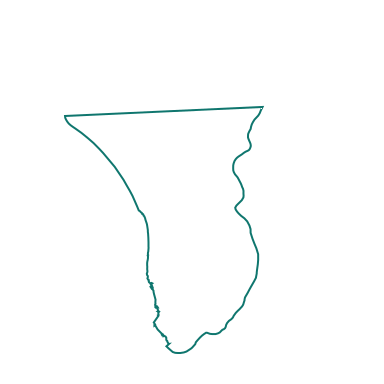 the district of Ciudad del Plata, San José, Uruguay, rotated 57°
{"feature_id": "84410073B44355686376037", "entity_name": "Ciudad del Plata", "entity_type": "district", "adm_level": 2, "iso_a3": "URY", "parent_name": "Uruguay", "parent_adm1": "San José", "projection": "equal_earth", "projection_center": [-56.41, -34.718], "detail": "fine", "context": "isolated", "style": "outline", "palette": "teal", "viewbox_px": 384, "rotation_deg": 57, "n_neighbors": 0, "source": "geoboundaries", "source_scale": "gbopen_adm2", "svg_char_len": 3578}
<svg xmlns="http://www.w3.org/2000/svg" viewBox="0 0 384 384"><g transform="rotate(57 192 192)"><path d="M159.1,86.5L59.1,257.1L60.7,257.9L62.5,258.2L64.9,258.3L67.4,258.1L70.0,257.4L72.6,256.4L75.2,255.3L82.0,252.6L82.9,252.3L83.5,252.1L90.4,249.9L97.4,247.9L105.2,246.3L110.9,245.3L128.8,243.1L144.4,242.8L150.9,243.2L157.0,243.5L162.8,244.0L167.1,244.7L174.3,245.9L178.5,246.7L179.4,246.2L180.4,246.0L181.3,245.9L182.0,245.5L182.7,245.5L183.3,245.7L183.7,245.2L184.4,245.1L185.0,245.4L185.5,245.5L186.2,245.2L188.4,245.6L190.1,246.2L193.3,247.0L194.6,247.4L196.2,248.1L197.5,248.7L198.6,249.2L199.9,249.8L201.5,250.8L203.0,251.5L206.7,253.6L210.5,255.9L214.2,258.3L215.1,258.8L215.9,259.4L218.1,261.1L218.3,261.3L218.7,261.8L220.3,263.0L221.0,263.1L221.2,263.8L222.1,264.0L222.8,264.5L223.4,264.9L224.0,265.4L225.3,266.6L225.7,267.1L226.1,267.4L227.0,268.2L227.6,268.6L229.0,269.5L230.3,270.2L232.3,271.6L233.7,272.3L234.7,272.9L235.9,274.4L237.2,274.9L238.2,274.8L239.3,275.3L240.1,276.4L241.6,276.6L242.0,276.2L243.3,276.7L243.6,277.1L244.3,277.2L245.0,277.0L246.2,276.3L246.2,275.5L246.9,275.1L246.9,276.8L248.4,276.7L248.8,278.4L250.0,278.4L249.4,277.6L249.2,276.7L251.1,277.1L251.1,278.0L251.9,278.3L252.8,278.0L254.0,278.1L254.7,278.6L256.8,279.4L262.4,281.2L264.0,282.4L265.2,283.2L265.9,283.5L266.2,284.1L266.6,284.5L268.0,284.2L268.1,285.1L268.6,285.5L269.3,285.3L269.2,283.6L270.4,283.6L270.0,284.5L273.4,284.9L273.4,285.7L274.5,284.9L274.9,286.1L276.8,286.9L276.8,287.7L277.6,287.7L280.6,295.1L282.9,295.1L282.9,295.9L283.7,296.4L283.7,295.5L288.6,295.7L293.1,294.8L295.4,294.2L295.4,295.0L295.8,295.0L295.8,294.2L297.3,294.6L297.3,293.8L298.9,292.9L300.4,293.0L301.4,293.8L302.6,294.2L303.4,293.9L304.2,294.2L305.8,294.3L306.3,294.5L306.6,294.6L306.9,294.0L307.5,297.5L309.7,297.0L312.6,296.2L315.7,295.3L317.7,293.7L318.7,292.4L319.2,291.7L320.7,289.4L321.5,287.6L322.1,286.3L322.8,283.5L322.8,280.8L322.8,278.5L322.8,278.2L322.6,276.6L322.1,274.8L321.4,272.2L320.1,270.6L319.3,267.9L318.4,264.5L317.9,261.8L317.7,259.2L317.7,256.8L318.4,255.9L319.5,255.1L320.7,254.2L322.1,252.5L323.1,251.0L324.0,249.6L324.7,247.2L324.9,245.2L324.4,243.1L324.1,241.5L324.4,240.1L324.2,238.4L323.4,237.1L322.1,235.8L321.0,233.9L320.2,231.2L320.1,228.4L319.8,227.0L319.5,226.0L318.5,224.4L317.9,222.8L317.3,221.3L317.0,220.1L316.7,218.8L316.4,217.3L316.2,216.1L315.9,214.9L315.6,213.8L315.3,212.5L314.9,211.6L314.6,210.9L314.0,210.0L313.3,209.2L312.7,208.5L312.0,207.6L311.3,206.8L310.8,206.5L309.4,205.1L308.8,204.0L307.0,200.4L305.1,197.0L303.5,194.0L303.0,193.0L301.5,190.1L300.8,188.7L298.7,185.0L298.2,184.6L295.9,182.4L295.6,182.1L294.7,181.5L293.0,180.1L290.0,177.5L288.5,176.2L285.0,173.5L280.2,170.4L274.3,168.7L269.3,167.8L264.1,166.7L258.2,165.1L255.0,163.1L251.4,162.1L246.7,161.7L242.6,162.4L238.7,163.8L235.2,164.6L232.8,164.9L230.4,164.9L228.7,164.3L227.6,162.2L227.1,160.0L226.6,157.5L226.0,154.7L224.6,151.9L223.3,150.8L221.2,149.6L219.1,148.2L217.2,147.5L215.0,147.2L213.0,146.7L211.3,146.4L209.1,146.2L207.0,146.0L204.7,145.8L202.8,146.0L200.6,146.3L198.1,146.1L196.3,145.6L194.3,144.4L192.1,142.9L190.7,141.5L189.2,139.5L188.3,137.5L187.8,135.7L187.6,133.8L187.6,131.6L187.6,129.5L187.4,127.4L187.4,125.7L187.5,124.4L187.8,122.8L187.8,121.4L187.5,120.4L186.5,118.8L185.4,117.6L183.8,116.8L182.2,116.4L180.2,116.1L178.1,115.7L176.7,115.3L175.5,114.5L174.0,113.4L173.0,112.0L171.9,110.1L171.1,108.5L169.5,107.0L167.9,105.1L166.6,102.9L165.3,100.1L164.6,97.2L164.0,94.8L162.8,92.3L161.1,89.9L159.1,86.5Z" fill="none" stroke="#0f766e" stroke-width="2"/></g></svg>